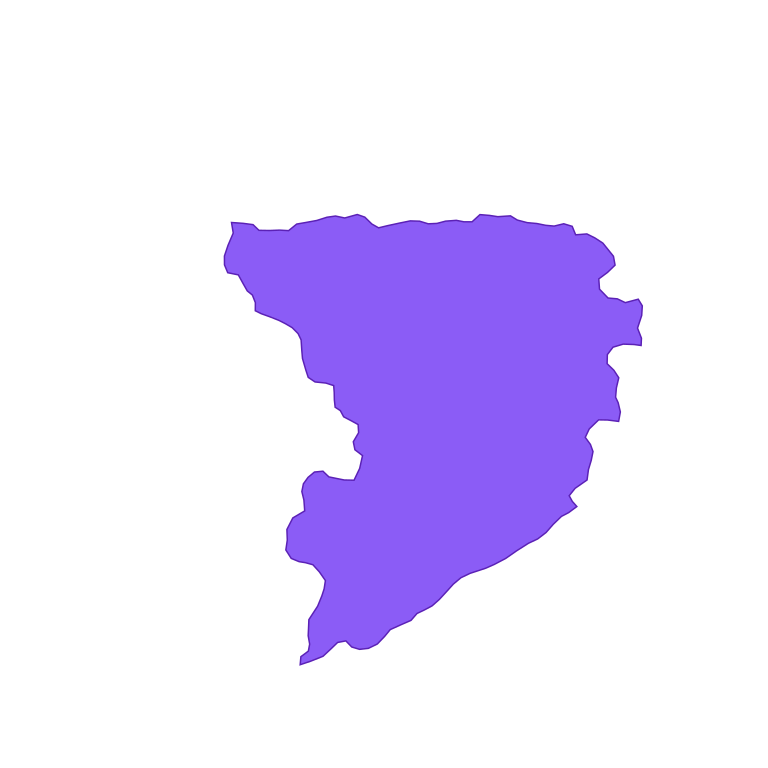 Camacho, Minas Gerais, Brazil (Equal Earth projection), rotated 46°
{"feature_id": "56859067B97694882575280", "entity_name": "Camacho", "entity_type": "district", "adm_level": 2, "iso_a3": "BRA", "parent_name": "Brazil", "parent_adm1": "Minas Gerais", "projection": "equal_earth", "projection_center": [-45.134, -20.652], "detail": "fine", "context": "isolated", "style": "filled", "palette": "violet", "viewbox_px": 768, "rotation_deg": 46, "n_neighbors": 0, "source": "geoboundaries", "source_scale": "gbopen_adm2", "svg_char_len": 2354}
<svg xmlns="http://www.w3.org/2000/svg" viewBox="0 0 768 768"><g transform="rotate(46 384 384)"><path d="M606.1,330.4L599.3,330.1L593.0,328.4L591.8,319.0L594.1,304.6L587.6,296.4L582.9,288.0L577.8,280.6L570.9,277.5L562.2,276.3L558.9,267.6L558.9,254.5L565.2,248.2L573.9,241.2L568.3,233.4L560.2,228.6L554.4,226.6L548.2,219.5L542.6,210.8L533.8,209.1L524.4,209.4L518.0,202.9L516.6,193.7L521.5,184.2L529.3,176.7L534.9,172.3L529.9,167.0L519.9,162.8L513.7,151.0L507.2,143.9L499.6,142.2L493.1,153.9L484.8,157.0L477.8,163.1L465.5,163.1L457.6,156.5L459.0,145.7L459.0,135.2L451.5,130.2L434.7,128.7L425.5,130.8L417.0,133.8L409.8,142.5L401.3,139.1L393.6,143.4L388.6,151.9L382.1,157.5L374.7,162.6L367.4,168.9L358.7,174.2L350.9,176.2L342.7,185.9L336.0,191.0L328.8,197.3L328.5,208.0L322.9,213.8L316.5,218.3L309.6,226.6L305.3,234.3L299.5,240.9L291.6,245.3L284.9,251.8L279.3,260.6L272.6,271.4L267.9,279.4L260.5,281.6L250.6,281.9L243.5,285.5L237.3,296.9L229.5,302.2L224.4,309.2L219.7,318.7L213.6,327.9L208.3,335.7L207.4,346.1L200.8,352.2L194.1,359.7L186.6,367.2L178.4,367.5L170.6,373.7L161.9,381.5L170.7,387.6L175.9,399.9L181.1,409.9L187.5,416.0L195.4,419.1L204.3,413.0L214.3,415.7L222.1,417.7L228.6,416.9L236.1,420.0L241.9,425.7L248.1,423.5L256.0,419.6L265.0,415.5L272.2,413.0L279.7,410.9L288.1,410.8L294.7,413.0L302.5,419.6L309.0,424.9L319.6,430.5L326.6,433.9L334.6,432.2L342.9,425.2L350.2,421.3L355.5,425.7L361.0,430.8L366.8,435.3L372.8,433.9L379.6,435.8L387.7,433.1L395.2,430.8L401.4,436.1L404.2,446.2L411.1,450.6L420.6,449.2L427.8,460.1L432.4,472.4L425.4,479.3L418.9,483.8L412.5,488.2L404.3,488.5L399.0,495.2L398.4,503.5L399.8,511.3L404.3,517.8L411.8,522.2L420.2,529.2L417.0,542.6L421.2,554.9L429.1,562.0L435.2,569.9L445.0,571.9L452.8,568.5L458.0,564.6L464.6,560.7L474.2,561.0L484.7,562.7L489.8,569.4L493.2,575.8L497.7,586.0L501.3,601.7L507.4,608.1L512.4,613.4L519.5,618.2L523.6,624.0L522.4,633.2L527.7,639.3L532.5,629.2L537.5,617.0L537.7,605.6L537.7,596.9L542.3,589.9L550.8,589.9L557.9,585.9L563.3,578.9L566.4,569.4L566.0,558.8L565.0,550.1L568.9,539.2L572.8,528.7L572.0,519.7L574.5,512.2L577.0,503.5L577.4,493.8L576.8,483.4L576.1,473.2L576.8,463.2L580.0,453.6L583.6,446.2L587.2,438.7L590.4,430.0L594.0,417.7L596.1,404.6L598.9,390.8L602.2,381.1L603.4,370.6L602.5,359.7L602.5,348.3L604.8,340.5L606.1,330.4Z" fill="#8b5cf6" stroke="#5b21b6" stroke-width="1.5"/></g></svg>